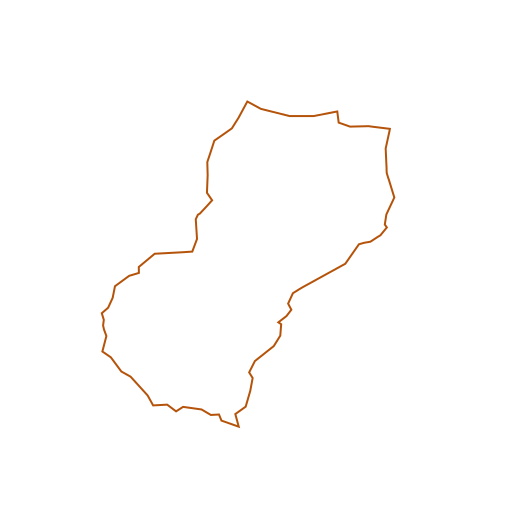 Arroyo, Puerto Rico (Robinson projection), rotated 238°
{"feature_id": "32010507B29338824934020", "entity_name": "Arroyo", "entity_type": "district", "adm_level": 2, "iso_a3": "PRI", "parent_name": "Puerto Rico", "parent_adm1": "", "projection": "robinson", "projection_center": [-66.058, 17.997], "detail": "fine", "context": "isolated", "style": "outline", "palette": "amber", "viewbox_px": 512, "rotation_deg": 238, "n_neighbors": 0, "source": "geoboundaries", "source_scale": "gbopen_adm2", "svg_char_len": 1355}
<svg xmlns="http://www.w3.org/2000/svg" viewBox="0 0 512 512"><g transform="rotate(238 256 256)"><path d="M210.9,382.1L214.4,381.9L218.6,385.5L222.1,388.5L224.5,392.2L226.5,395.3L230.3,401.2L230.4,401.4L231.9,403.6L232.3,404.3L250.3,409.1L252.5,409.6L257.0,410.8L259.9,412.4L261.0,413.1L278.4,422.9L286.2,430.5L291.3,435.5L292.9,436.9L304.0,423.2L306.5,420.2L308.2,417.3L315.9,404.3L324.8,397.2L325.3,396.8L334.4,401.0L335.5,401.5L336.6,398.7L344.1,379.1L355.5,360.8L356.9,358.6L378.2,338.1L391.6,330.5L382.4,314.3L377.0,303.1L375.9,281.8L367.1,271.3L361.5,264.5L350.1,257.8L335.6,247.9L326.5,248.3L323.9,239.1L321.7,230.8L321.8,228.6L319.1,224.4L301.7,215.0L293.5,204.3L298.0,195.9L310.3,173.6L311.6,171.3L308.8,150.8L303.7,147.7L306.4,137.9L305.1,120.4L296.5,112.3L290.5,103.2L289.2,94.9L282.5,93.1L278.1,89.5L274.4,88.2L267.4,86.7L256.4,75.1L247.0,79.2L229.4,80.6L220.1,85.7L195.2,90.2L183.8,89.6L177.0,101.9L166.6,105.9L166.7,114.2L154.7,128.5L145.1,133.5L141.2,140.6L134.7,139.5L120.4,150.9L132.9,154.7L133.7,167.4L144.7,179.7L154.3,188.5L160.9,188.5L167.5,199.4L170.2,223.4L175.6,234.4L184.8,241.2L187.9,239.8L188.9,250.0L191.7,257.5L198.6,258.0L204.9,267.6L204.9,275.5L204.8,279.2L204.5,284.3L203.9,295.3L202.1,327.6L211.4,349.5L209.9,354.7L207.5,360.6L207.7,369.8L207.6,372.4L210.9,382.1Z" fill="none" stroke="#b45309" stroke-width="2"/></g></svg>